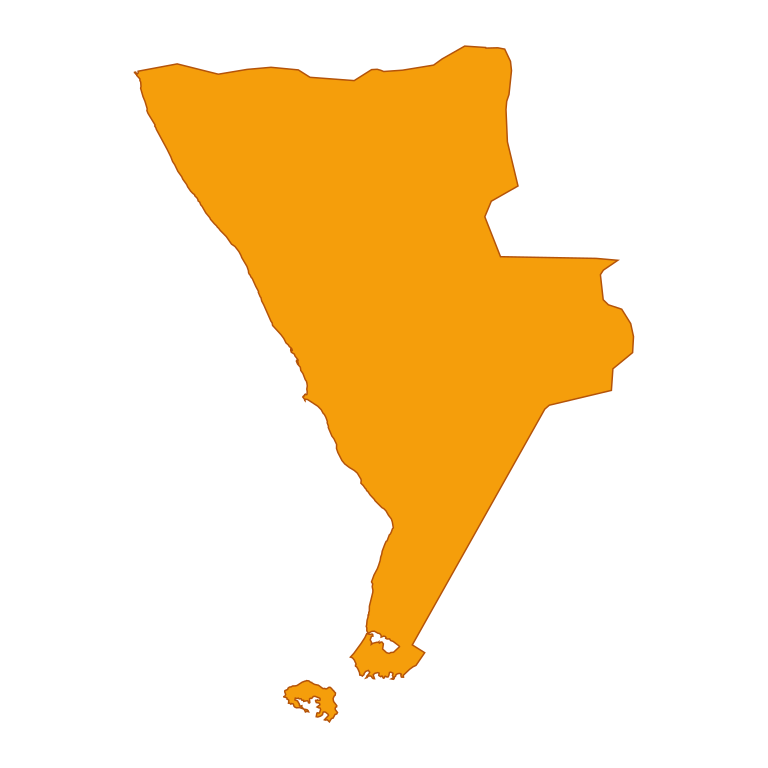 Dhubab, Ta`izz, Yemen (Mercator projection)
{"feature_id": "15242507B83156576087304", "entity_name": "Dhubab", "entity_type": "district", "adm_level": 2, "iso_a3": "YEM", "parent_name": "Yemen", "parent_adm1": "Ta`izz", "projection": "mercator", "projection_center": [43.427, 12.956], "detail": "fine", "context": "isolated", "style": "filled", "palette": "amber", "viewbox_px": 768, "rotation_deg": 0, "n_neighbors": 0, "source": "geoboundaries", "source_scale": "gbopen_adm2", "svg_char_len": 6090}
<svg xmlns="http://www.w3.org/2000/svg" viewBox="0 0 768 768"><path d="M371.6,69.6L354.2,80.6L310.0,77.3L298.3,69.9L271.0,67.3L247.1,69.4L218.3,74.2L177.2,63.9L138.1,71.2L138.2,73.0L136.7,74.4L135.8,72.2L136.2,72.0L134.5,72.3L134.5,72.7L135.4,73.2L135.8,72.8L136.0,73.5L135.3,74.3L136.0,74.0L136.7,74.8L136.7,75.4L139.9,78.9L139.9,80.5L140.7,82.1L141.0,86.5L140.6,88.2L143.0,96.6L145.0,101.4L147.2,108.8L146.9,110.6L148.0,113.4L155.1,125.0L154.7,126.0L155.9,127.9L156.3,129.3L167.1,149.3L170.8,156.8L172.6,161.5L174.7,164.7L177.9,171.4L181.7,176.7L182.8,179.2L186.7,184.6L187.7,186.9L190.7,191.2L192.7,193.3L194.6,194.7L194.7,195.7L197.1,198.1L197.9,199.6L198.1,200.9L199.7,202.1L200.7,204.8L202.1,206.4L205.8,212.9L209.8,217.7L210.5,219.3L214.4,223.8L216.6,225.9L217.4,227.2L218.6,228.2L220.2,230.4L226.3,236.6L231.5,244.1L235.0,246.5L239.0,251.7L241.0,255.5L241.7,257.5L247.0,266.5L248.4,270.6L248.6,272.8L249.4,274.4L250.0,274.9L251.2,277.4L252.2,278.4L255.8,286.4L258.5,291.4L258.3,292.3L260.2,296.8L260.9,297.5L261.7,301.0L263.8,305.0L271.0,321.3L272.1,322.8L272.6,325.5L281.0,334.7L283.8,338.5L286.0,342.9L288.2,344.8L289.5,346.8L290.5,347.3L291.1,348.0L292.0,349.2L292.3,350.5L291.3,351.0L291.1,348.7L290.8,348.7L290.7,350.2L291.3,352.2L294.4,354.2L295.0,356.0L297.8,359.5L298.1,360.4L297.7,361.4L298.4,363.9L298.0,364.0L297.8,363.6L296.9,361.1L297.0,360.2L296.6,360.3L296.4,361.3L297.6,364.1L300.3,367.2L300.8,370.5L302.9,373.5L305.3,379.7L306.4,381.2L306.9,383.1L307.3,385.9L306.8,389.1L307.2,391.7L307.0,394.1L306.8,394.6L305.9,394.6L305.5,394.2L305.0,394.7L305.4,394.8L304.7,394.6L304.1,396.0L303.5,396.0L302.8,397.0L304.7,399.5L304.7,400.4L305.0,400.7L304.9,399.5L305.4,399.2L307.5,399.5L317.8,406.2L321.2,409.7L323.2,413.4L324.3,414.4L325.8,417.2L327.3,421.3L327.2,422.9L328.4,426.1L328.3,427.6L331.9,436.1L333.9,438.7L336.6,444.4L336.5,448.5L337.9,452.6L342.0,460.6L344.8,464.0L349.4,467.5L354.2,470.4L357.3,473.1L360.9,479.1L361.2,480.4L360.9,483.2L363.3,485.6L365.1,488.2L365.9,488.9L366.8,490.8L367.7,491.3L370.2,495.0L374.5,499.6L374.9,500.6L381.9,507.6L384.0,508.8L386.0,510.9L388.5,515.3L391.3,518.9L392.3,521.9L393.3,527.8L392.4,528.9L391.3,532.1L390.1,534.3L389.3,534.9L387.1,540.8L386.1,541.4L384.8,544.3L382.2,551.2L381.7,554.3L380.7,557.1L380.2,560.4L378.7,565.1L377.4,568.6L374.0,575.0L371.5,581.9L372.7,583.9L372.2,586.7L372.9,590.1L372.8,592.3L369.4,606.2L369.3,611.3L368.8,612.1L368.6,615.0L368.1,615.0L368.0,617.2L367.1,620.2L366.6,625.3L366.2,626.2L366.8,627.9L366.8,630.8L367.8,632.6L368.7,633.0L371.7,631.4L374.4,631.2L377.9,633.2L379.6,633.5L380.9,635.0L381.2,635.9L381.1,637.1L383.8,636.1L385.4,636.6L386.0,637.4L385.7,638.3L387.1,639.0L389.6,638.9L390.6,640.5L393.1,641.4L398.9,645.8L399.5,646.7L393.5,652.3L390.8,652.5L389.2,653.4L386.6,652.7L382.6,649.0L383.4,643.9L381.9,642.0L380.7,642.1L379.6,643.2L378.9,642.7L378.9,641.8L378.4,642.3L376.7,642.3L372.9,643.3L371.3,644.4L371.6,642.5L370.2,639.9L371.3,636.7L372.0,636.1L372.9,636.1L372.7,634.4L372.0,634.0L370.1,634.4L366.7,633.7L364.9,637.6L361.2,643.3L353.8,653.4L350.4,657.1L352.4,657.8L354.2,659.9L356.0,663.8L356.0,664.6L355.5,665.0L355.5,666.2L356.6,666.8L357.8,668.7L359.5,672.6L359.8,675.1L361.5,675.4L362.3,676.1L364.0,674.6L364.1,673.6L365.6,671.5L368.3,670.4L369.7,672.2L368.9,673.8L366.9,676.0L366.8,676.8L366.0,677.9L367.2,677.5L367.9,676.4L368.6,676.0L370.4,676.0L371.6,676.5L372.0,677.6L373.2,678.6L374.5,678.7L373.2,674.8L374.9,673.3L377.8,672.6L379.2,673.2L378.7,675.3L379.2,675.8L380.8,676.7L381.6,676.1L382.3,676.2L383.1,677.9L383.8,678.2L384.5,677.5L384.7,676.5L385.2,676.2L387.0,677.0L388.0,677.0L388.8,675.6L389.5,672.5L390.7,672.1L392.8,673.1L393.0,673.9L392.4,675.4L393.0,676.5L393.1,677.9L391.3,678.9L393.3,679.3L394.1,678.7L394.6,676.8L395.5,676.3L396.1,674.6L397.7,673.7L399.6,673.4L400.9,673.8L401.2,674.4L400.9,674.6L401.0,676.0L401.4,677.1L403.5,677.2L403.3,675.3L409.6,669.3L413.0,666.8L416.0,665.4L424.7,652.7L412.3,644.9L544.8,409.1L549.3,405.2L611.4,390.4L612.9,368.8L632.6,352.6L633.5,336.6L630.7,323.6L621.7,309.2L608.4,304.8L603.2,299.7L600.4,274.7L603.4,270.1L617.8,260.3L596.3,258.4L500.5,256.7L484.8,216.8L491.3,201.2L518.0,186.0L507.4,141.8L506.0,109.6L506.7,101.3L509.0,94.5L511.5,70.6L510.5,61.4L504.7,49.1L497.8,47.8L485.9,48.1L485.7,47.5L464.7,46.1L442.3,58.8L433.6,65.1L402.4,70.2L383.7,71.5L380.8,70.3L377.2,69.3L371.6,69.6ZM308.9,680.9L306.4,680.6L305.8,681.1L305.0,681.1L302.1,682.2L297.0,685.5L295.3,685.9L292.5,686.0L291.3,686.8L289.4,687.1L288.0,688.2L287.9,689.0L287.3,689.6L284.9,690.6L284.7,691.7L285.7,694.6L284.6,696.5L283.8,696.6L283.8,696.9L286.6,697.7L287.1,698.4L286.9,699.0L288.5,699.9L288.8,700.5L288.5,703.2L289.5,703.1L290.9,704.2L291.7,703.5L293.3,704.0L294.0,706.2L294.7,707.0L296.4,707.8L299.6,707.6L303.6,709.0L304.4,709.8L305.4,712.0L306.9,711.4L308.6,711.8L308.1,710.6L307.0,709.7L305.0,709.3L304.9,709.6L303.3,708.7L302.4,707.5L302.5,707.2L302.3,707.4L301.6,706.5L301.8,705.7L300.1,706.1L299.6,705.6L299.3,705.0L299.5,704.4L297.5,700.9L294.9,699.9L295.3,698.1L296.9,698.5L298.4,698.1L299.2,698.9L301.0,698.7L301.9,700.2L303.6,700.3L303.7,701.4L307.3,700.7L308.0,701.1L308.5,702.8L309.4,703.0L309.8,702.5L309.5,699.0L310.2,698.3L311.7,698.4L313.3,696.5L315.0,696.3L319.8,698.2L320.2,699.2L319.9,700.3L317.7,700.3L317.4,699.9L317.0,700.3L315.7,700.3L315.5,700.8L316.3,702.6L318.8,703.0L319.6,703.6L319.9,704.8L317.0,707.0L318.6,707.8L319.8,707.9L320.3,708.5L320.6,709.6L319.5,712.9L319.1,713.1L317.6,712.8L316.9,713.1L316.2,716.7L317.8,717.0L320.6,716.1L322.5,714.7L323.1,712.2L324.0,711.9L325.6,712.2L328.2,714.4L328.5,715.4L324.4,719.8L325.3,720.1L327.3,719.8L329.4,721.9L331.0,719.2L332.0,718.3L333.1,718.1L335.1,714.4L336.7,714.0L337.5,712.5L335.3,709.6L335.2,708.4L335.6,707.2L336.6,706.9L336.8,705.7L333.6,701.5L333.2,699.4L333.1,698.6L334.1,696.2L335.2,695.2L335.5,693.0L333.8,691.2L333.6,690.5L332.6,690.0L331.6,688.5L330.1,687.3L328.9,687.3L326.7,688.8L325.3,688.8L324.8,688.4L323.0,688.6L318.4,685.2L314.6,684.4L311.9,682.9L311.7,682.4L310.7,682.4L308.9,680.9Z" fill="#f59e0b" stroke="#b45309" stroke-width="1.5"/></svg>